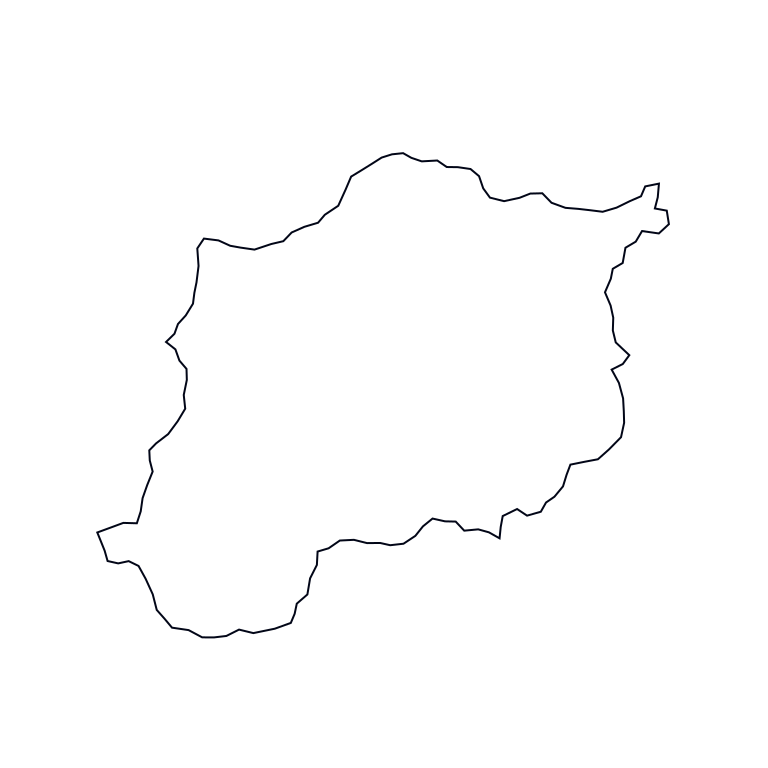 Sericita, Minas Gerais, Brazil (Robinson projection), rotated 261°
{"feature_id": "56859067B8747364501961", "entity_name": "Sericita", "entity_type": "district", "adm_level": 2, "iso_a3": "BRA", "parent_name": "Brazil", "parent_adm1": "Minas Gerais", "projection": "robinson", "projection_center": [-42.459, -20.494], "detail": "fine", "context": "isolated", "style": "outline", "palette": "ink", "viewbox_px": 768, "rotation_deg": 261, "n_neighbors": 0, "source": "geoboundaries", "source_scale": "gbopen_adm2", "svg_char_len": 1948}
<svg xmlns="http://www.w3.org/2000/svg" viewBox="0 0 768 768"><g transform="rotate(261 384 384)"><path d="M176.5,136.5L171.5,152.5L162.2,164.8L160.3,176.6L159.8,188.9L164.1,202.4L158.4,216.0L159.4,237.9L162.6,254.6L171.0,259.8L180.7,263.5L188.1,275.4L203.6,280.6L215.8,289.4L228.9,292.2L230.4,303.6L236.3,315.9L234.8,329.9L229.5,342.4L227.6,355.3L223.8,364.9L223.2,378.3L229.1,391.2L237.3,400.2L243.5,410.9L238.8,422.8L236.9,433.3L226.6,440.3L225.7,454.3L221.1,464.4L213.5,474.0L224.5,476.9L235.0,480.6L239.7,495.9L231.6,504.7L233.3,518.9L241.6,525.5L246.0,534.7L254.9,544.8L265.9,550.2L275.2,555.5L275.8,569.9L276.2,583.5L284.2,596.0L294.4,609.8L308.1,615.1L319.7,616.6L332.4,617.9L348.3,616.2L362.6,611.1L366.4,623.0L374.1,630.8L388.8,619.4L401.1,618.4L413.6,620.8L426.0,620.1L440.0,616.6L452.5,624.5L462.0,628.0L466.2,638.7L480.8,643.8L485.2,654.9L494.7,662.8L489.7,679.0L497.3,690.4L511.0,690.4L515.0,679.0L525.6,683.6L538.9,686.9L538.3,672.9L529.2,667.2L526.2,655.6L521.8,641.3L519.9,626.9L523.3,615.1L526.6,603.2L529.6,590.8L536.8,577.8L547.6,570.2L549.2,558.3L546.7,547.0L545.8,531.2L551.5,517.8L561.7,512.6L574.4,510.4L582.8,503.1L586.6,490.9L588.5,479.9L596.4,471.6L598.0,456.1L603.1,446.4L609.0,439.0L609.6,427.8L608.0,417.1L603.3,406.3L598.4,394.7L594.0,384.0L582.2,376.6L567.2,366.7L560.4,352.0L553.6,344.1L551.7,329.9L548.1,316.5L540.8,306.9L539.9,294.6L537.0,277.1L541.2,263.5L544.6,253.7L551.7,243.0L555.8,228.9L547.1,220.8L529.6,219.3L513.7,214.7L503.8,211.0L493.2,207.9L482.7,198.9L475.5,189.9L466.4,184.9L459.6,175.3L450.8,183.4L439.1,185.6L429.8,191.3L418.9,189.9L404.5,184.5L390.7,183.8L379.5,174.4L368.3,163.0L361.0,149.6L355.2,141.8L345.1,140.7L333.7,141.8L321.2,134.3L309.0,127.7L296.3,123.8L285.1,118.1L287.6,104.8L285.1,92.3L282.2,77.6L272.7,79.8L263.1,82.0L252.4,83.3L248.4,93.4L249.0,104.1L242.7,113.1L228.9,118.1L212.4,122.7L196.4,124.2L186.7,130.4L176.5,136.5Z" fill="none" stroke="#020617" stroke-width="2"/></g></svg>